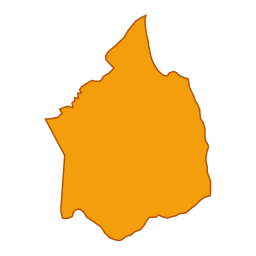 outline of Baía Formosa, Rio Grande do Norte, Brazil
{"feature_id": "56859067B10587440144347", "entity_name": "Baía Formosa", "entity_type": "district", "adm_level": 2, "iso_a3": "BRA", "parent_name": "Brazil", "parent_adm1": "Rio Grande do Norte", "projection": "orthographic", "projection_center": [-35.036, -6.42], "detail": "fine", "context": "isolated", "style": "filled", "palette": "amber", "viewbox_px": 256, "rotation_deg": 0, "n_neighbors": 0, "source": "geoboundaries", "source_scale": "gbopen_adm2", "svg_char_len": 1503}
<svg xmlns="http://www.w3.org/2000/svg" viewBox="0 0 256 256"><path d="M210.2,195.6L210.7,190.9L210.5,185.2L210.7,181.4L209.1,177.2L207.2,171.9L207.2,166.6L206.2,162.4L205.9,159.2L206.4,155.3L206.9,151.3L208.5,147.6L207.9,144.6L205.8,141.0L205.0,137.2L204.9,133.5L205.0,129.5L204.3,126.1L202.9,122.4L200.5,118.4L199.9,113.4L199.7,109.5L197.8,104.9L195.2,100.7L194.2,97.3L192.4,93.5L190.8,90.0L189.6,87.1L188.9,84.0L188.3,79.0L183.2,77.3L179.1,75.3L176.8,72.9L173.9,71.5L169.5,72.7L167.5,75.7L164.3,75.6L161.4,73.8L157.8,70.3L155.1,66.1L153.2,62.7L151.8,59.3L150.3,53.9L149.4,49.5L148.7,46.0L148.4,42.5L147.6,38.8L146.6,35.0L146.1,31.9L145.6,28.4L145.1,24.2L145.0,19.6L145.8,15.4L140.4,18.0L135.7,21.2L128.2,30.4L124.0,37.5L115.1,46.0L108.7,51.3L105.6,55.8L106.0,59.7L113.9,68.2L109.2,73.0L103.5,76.4L101.7,79.7L99.2,81.3L95.3,81.3L91.8,80.4L81.8,86.5L79.6,90.0L81.6,92.9L77.8,93.1L78.3,98.2L74.5,97.7L74.7,100.9L72.0,102.8L73.0,107.5L67.7,106.3L63.7,107.5L59.6,109.3L62.1,113.4L57.7,117.3L53.1,118.3L49.9,118.8L45.3,119.1L64.7,155.4L60.9,209.3L61.2,213.2L62.6,218.3L67.6,218.4L72.1,216.7L73.9,211.2L77.1,209.3L80.3,209.5L83.5,211.8L86.6,216.9L100.7,226.7L104.8,232.9L109.3,237.4L113.6,239.4L119.1,240.6L122.4,239.4L125.3,236.8L131.4,234.8L134.3,232.0L140.5,229.5L144.3,225.0L147.1,219.9L149.4,217.4L156.2,217.1L158.8,215.0L161.5,216.5L167.4,218.1L171.6,216.7L176.1,215.7L179.6,213.7L185.5,213.0L195.5,205.0L200.5,200.1L203.8,197.6L210.2,195.6Z" fill="#f59e0b" stroke="#b45309" stroke-width="1.5"/></svg>